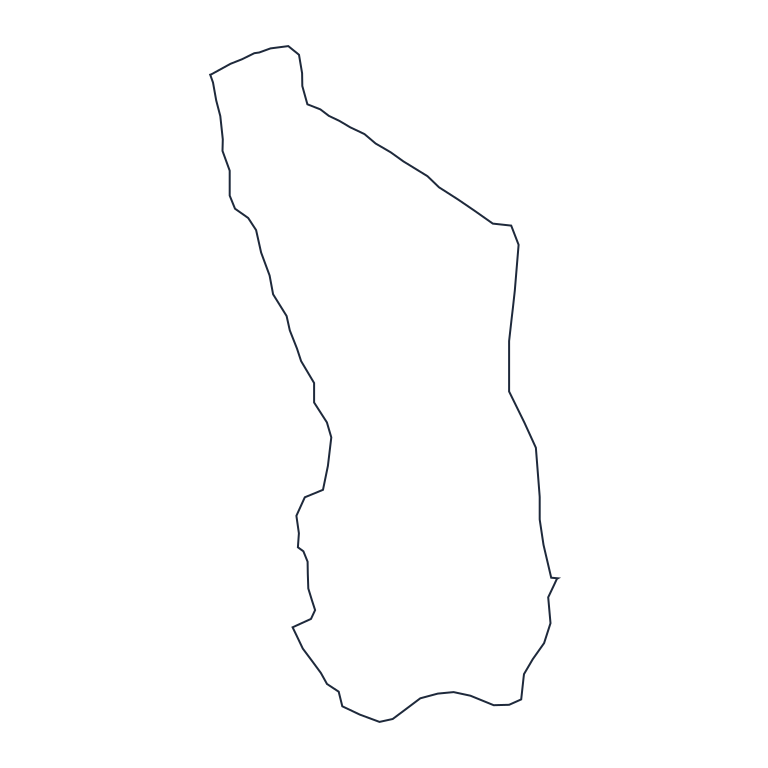 the district of Arsos Larnakas, Cyprus
{"feature_id": "46923920B32733260957571", "entity_name": "Arsos Larnakas", "entity_type": "district", "adm_level": 2, "iso_a3": "CYP", "parent_name": "Cyprus", "parent_adm1": "", "projection": "natural_earth1", "projection_center": [33.634, 35.079], "detail": "fine", "context": "isolated", "style": "outline", "palette": "slate", "viewbox_px": 768, "rotation_deg": 0, "n_neighbors": 0, "source": "geoboundaries", "source_scale": "gbopen_adm2", "svg_char_len": 1480}
<svg xmlns="http://www.w3.org/2000/svg" viewBox="0 0 768 768"><path d="M210.2,74.7L213.0,82.5L216.2,100.4L220.3,116.1L222.8,139.4L222.5,150.9L229.7,170.7L229.7,195.6L235.0,208.7L248.2,218.0L256.1,230.1L261.1,252.5L269.6,275.5L273.1,294.3L286.6,316.0L289.8,330.4L297.0,348.6L301.1,361.1L314.1,383.0L314.1,402.5L326.9,422.4L331.3,437.4L327.9,465.9L323.0,489.8L304.8,497.3L296.4,515.8L298.9,533.3L297.9,547.3L303.4,551.3L307.6,561.7L307.8,573.8L308.3,588.5L311.9,600.2L315.1,610.1L311.0,618.9L310.4,619.2L300.7,623.6L292.6,627.3L296.8,636.0L302.8,648.6L311.7,660.5L320.9,673.0L327.0,684.0L338.7,691.7L342.3,706.3L359.8,714.6L379.5,721.9L392.7,719.0L407.8,707.7L420.3,698.3L437.8,693.6L453.6,692.1L470.4,695.7L493.7,705.2L509.1,704.8L517.2,701.2L521.2,699.4L523.6,677.4L524.0,674.1L532.8,659.1L544.1,643.1L550.5,623.2L548.2,597.3L554.0,585.1L555.2,582.5L556.6,579.5L556.9,578.8L557.8,578.3L551.2,577.7L548.3,565.3L545.6,553.8L543.5,544.8L541.8,533.5L539.7,519.5L539.7,497.1L539.6,495.6L535.9,448.1L535.9,447.8L524.4,422.6L509.1,391.5L509.1,353.1L509.1,341.1L511.8,317.2L512.9,307.9L514.8,290.7L518.6,244.8L511.2,225.6L492.8,223.6L474.2,210.5L457.9,199.4L439.0,187.3L427.5,176.2L403.4,161.4L390.7,152.3L375.6,143.5L364.5,134.1L350.2,127.3L339.4,120.9L328.9,115.9L320.4,109.4L307.4,104.3L302.3,86.0L302.1,73.2L299.0,54.8L296.6,52.8L293.7,50.5L288.3,46.1L270.5,48.4L259.2,52.5L254.3,53.2L241.9,59.3L230.5,63.8L211.2,74.4L210.2,74.7Z" fill="none" stroke="#1e293b" stroke-width="2"/></svg>